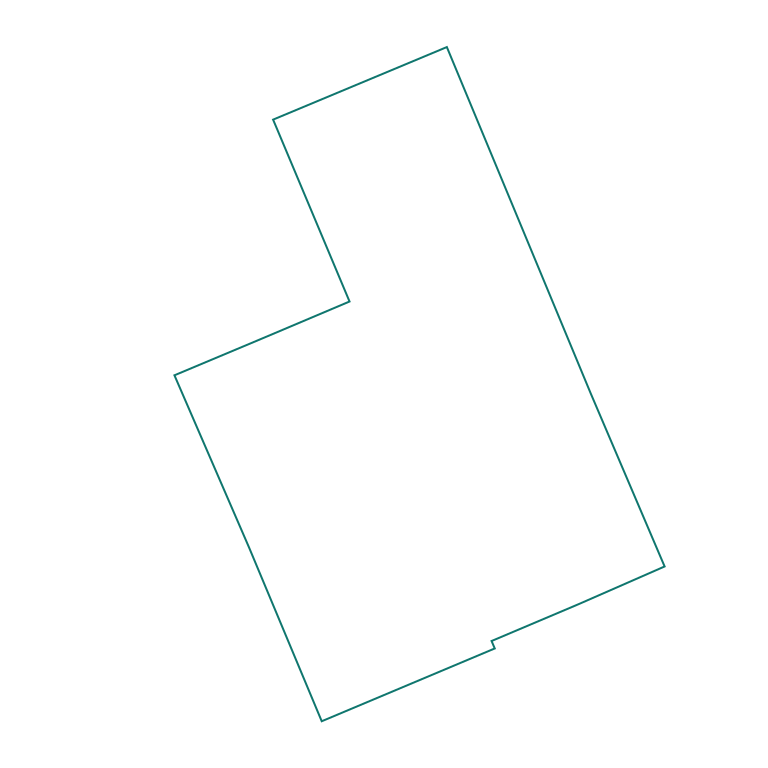 Montcalm, Michigan, United States of America, rotated 67°
{"feature_id": "52423323B91024562611381", "entity_name": "Montcalm", "entity_type": "district", "adm_level": 2, "iso_a3": "USA", "parent_name": "United States of America", "parent_adm1": "Michigan", "projection": "orthographic", "projection_center": [-85.151, 43.293], "detail": "fine", "context": "isolated", "style": "outline", "palette": "teal", "viewbox_px": 768, "rotation_deg": 67, "n_neighbors": 0, "source": "geoboundaries", "source_scale": "gbopen_adm2", "svg_char_len": 343}
<svg xmlns="http://www.w3.org/2000/svg" viewBox="0 0 768 768"><g transform="rotate(67 384 384)"><path d="M473.7,197.4L98.4,194.5L97.3,382.8L105.8,382.8L294.6,383.5L294.5,478.6L294.1,573.5L388.1,572.8L481.8,572.1L670.1,573.1L670.7,385.4L662.6,385.4L662.7,291.2L661.6,197.0L473.7,197.4Z" fill="none" stroke="#0f766e" stroke-width="2"/></g></svg>